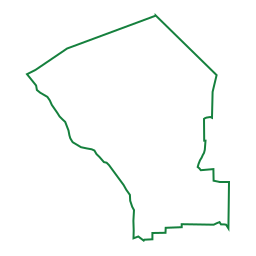 the district of Kuala Selangor, Selangor, Malaysia
{"feature_id": "92858781B52521968148522", "entity_name": "Kuala Selangor", "entity_type": "district", "adm_level": 2, "iso_a3": "MYS", "parent_name": "Malaysia", "parent_adm1": "Selangor", "projection": "albers", "projection_center": [101.325, 3.38], "detail": "fine", "context": "isolated", "style": "outline", "palette": "green", "viewbox_px": 256, "rotation_deg": 0, "n_neighbors": 0, "source": "geoboundaries", "source_scale": "gbopen_adm2", "svg_char_len": 1061}
<svg xmlns="http://www.w3.org/2000/svg" viewBox="0 0 256 256"><path d="M27.0,74.2L36.1,85.5L36.9,90.0L40.2,92.7L47.4,96.9L49.8,100.4L51.8,104.9L54.5,108.8L57.2,112.7L59.6,116.5L62.6,119.5L65.2,121.9L68.5,130.5L69.4,135.3L70.3,138.3L72.4,141.8L73.0,142.4L81.0,147.2L86.7,148.4L91.7,149.3L94.4,150.5L96.5,154.1L99.5,157.0L103.9,162.1L106.6,162.7L109.0,165.1L123.6,185.0L126.3,189.8L129.9,194.9L130.2,200.8L132.2,206.8L134.0,210.1L133.4,220.8L133.7,230.6L133.5,238.3L138.3,236.5L143.7,240.6L144.3,239.7L152.4,239.3L152.4,233.0L165.5,232.8L165.7,227.8L181.7,227.2L181.7,224.2L195.1,224.4L213.7,224.7L216.8,223.2L219.5,222.1L221.0,224.4L224.2,224.4L226.1,224.7L228.4,228.4L228.7,206.3L229.0,182.0L219.7,182.0L213.6,180.7L213.4,169.1L200.8,170.2L199.3,168.3L197.7,167.0L198.5,164.1L200.0,160.3L201.7,157.5L202.7,155.2L204.0,152.9L204.8,149.8L205.5,140.7L204.2,140.7L204.0,118.9L205.0,118.2L206.5,117.6L210.3,117.0L212.0,117.8L212.0,117.4L212.6,91.9L216.6,75.1L155.6,15.4L155.6,15.7L67.1,48.5L35.5,69.9L27.0,74.2Z" fill="none" stroke="#15803d" stroke-width="2"/></svg>